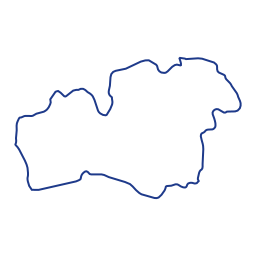 SVG path tracing the border of Kronoberg
{"feature_id": "SWE-182", "entity_name": "Kronoberg", "entity_type": "County", "adm_level": 1, "iso_a3": "SWE", "parent_name": "Sweden", "parent_adm1": "", "projection": "albers", "projection_center": [14.682, 56.81], "detail": "fine", "context": "isolated", "style": "outline", "palette": "blue", "viewbox_px": 256, "rotation_deg": 0, "n_neighbors": 0, "source": "natural_earth", "source_scale": "10m", "svg_char_len": 2754}
<svg xmlns="http://www.w3.org/2000/svg" viewBox="0 0 256 256"><path d="M31.8,189.8L29.2,185.9L27.9,181.6L27.6,180.0L27.5,178.7L27.6,177.4L27.8,176.6L28.0,175.1L28.0,172.8L27.5,167.8L26.6,164.6L24.9,160.6L19.2,149.6L17.6,147.2L15.6,145.0L15.4,144.4L15.9,143.1L16.1,142.1L16.2,140.7L16.0,138.2L16.7,130.3L16.6,125.7L16.9,123.3L17.6,121.4L18.8,118.8L19.3,118.0L19.8,117.6L21.3,117.4L24.3,116.1L25.7,115.9L31.7,116.0L32.9,115.7L36.4,113.7L43.8,111.7L45.5,110.7L47.0,109.5L48.7,107.3L50.2,104.2L50.7,102.4L50.3,99.3L55.5,91.8L56.5,91.4L58.1,91.0L60.6,92.7L64.2,96.2L65.2,96.5L66.1,96.2L73.2,90.6L76.1,89.9L78.4,89.9L80.5,88.9L82.1,88.8L83.3,88.9L85.3,90.0L87.6,92.1L89.9,93.5L91.5,94.8L92.6,96.1L93.0,96.8L94.5,100.0L98.0,110.6L98.8,112.0L100.2,113.4L103.0,114.9L105.7,115.3L106.3,115.0L106.6,114.9L106.9,114.5L110.2,109.1L112.1,104.5L112.4,102.8L112.4,101.5L112.0,98.9L111.9,97.4L111.8,97.2L110.4,96.0L109.6,95.1L108.9,93.6L108.7,92.0L108.9,90.3L109.9,85.8L110.5,77.2L111.3,74.1L113.2,71.9L115.7,70.8L125.8,68.7L140.8,61.6L145.3,60.4L148.8,60.3L156.2,64.7L157.1,66.0L157.6,67.9L158.1,69.6L159.4,71.3L161.3,72.5L164.2,72.9L165.7,72.7L167.6,71.4L172.2,66.8L174.8,65.1L176.9,64.6L180.3,65.4L180.9,65.2L181.0,63.9L180.7,62.3L179.5,58.4L180.0,57.9L184.9,58.6L186.0,59.1L198.1,58.3L202.1,58.7L214.0,62.5L216.2,64.4L216.9,65.5L217.1,67.0L217.1,69.3L217.7,71.4L219.0,72.6L223.9,74.8L224.9,75.6L225.1,76.2L225.3,77.2L225.6,78.2L226.3,79.3L230.1,83.2L231.0,84.5L231.8,86.1L236.8,93.2L237.5,94.7L237.9,95.9L238.1,96.7L238.4,97.4L240.0,101.0L240.6,103.2L240.6,105.7L239.8,108.3L237.6,110.6L235.1,111.4L227.0,111.6L225.5,112.5L224.7,112.6L223.8,112.5L218.3,109.3L216.7,109.1L215.4,109.4L214.2,110.1L213.2,111.2L212.6,112.5L212.7,114.3L214.2,118.4L214.9,120.8L215.4,123.2L215.5,125.3L215.3,126.8L214.5,128.0L213.4,129.0L212.3,129.4L208.0,129.6L206.7,129.9L205.7,130.5L204.6,131.8L203.8,132.4L201.6,133.5L201.0,134.6L200.8,136.3L201.6,139.8L202.7,143.8L203.1,145.9L203.3,149.2L202.6,163.9L202.6,166.8L202.3,168.5L201.5,169.6L200.5,170.3L199.7,171.4L199.1,172.9L197.9,178.1L197.9,178.6L197.9,179.4L198.7,181.0L196.8,183.1L195.8,183.4L194.6,183.5L192.0,182.8L190.1,182.8L188.3,183.4L187.4,184.4L186.9,185.5L186.6,186.4L186.1,187.0L185.5,187.4L184.5,187.5L183.1,187.3L181.0,186.5L178.3,184.8L177.0,184.3L175.5,184.3L171.3,185.7L167.4,186.0L166.4,186.2L165.8,186.8L165.6,187.8L165.2,189.0L164.6,190.4L161.5,194.8L158.6,197.5L156.7,198.1L154.5,198.0L141.5,194.3L139.3,193.0L136.1,190.2L132.7,186.5L130.0,184.1L125.0,182.0L108.8,177.1L104.2,175.0L101.5,174.4L91.2,174.4L89.7,174.0L87.7,171.9L86.4,171.3L85.2,171.5L83.6,172.6L82.3,174.0L81.6,175.2L81.2,176.2L80.8,178.2L80.4,179.3L78.7,180.3L76.0,181.4L38.5,189.9L31.8,189.8Z" fill="none" stroke="#1e3a8a" stroke-width="2"/></svg>